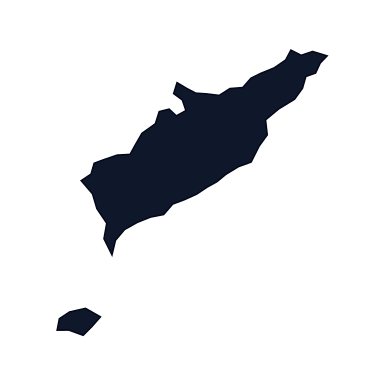 Fernando de Noronha, Rio Grande do Norte, Brazil, rotated 172°
{"feature_id": "56859067B68153873864864", "entity_name": "Fernando de Noronha", "entity_type": "district", "adm_level": 2, "iso_a3": "BRA", "parent_name": "Brazil", "parent_adm1": "Rio Grande do Norte", "projection": "mercator", "projection_center": [-32.422, -3.844], "detail": "fine", "context": "isolated", "style": "filled", "palette": "ink", "viewbox_px": 384, "rotation_deg": 172, "n_neighbors": 0, "source": "geoboundaries", "source_scale": "gbopen_adm2", "svg_char_len": 955}
<svg xmlns="http://www.w3.org/2000/svg" viewBox="0 0 384 384"><g transform="rotate(172 192 192)"><path d="M274.5,236.4L284.9,234.1L289.5,223.8L300.2,218.7L290.8,204.0L288.5,188.7L280.8,172.9L285.7,158.0L280.0,140.8L274.5,154.8L264.0,164.2L250.4,169.5L236.6,172.9L223.2,173.6L212.8,182.7L200.3,185.5L187.5,189.3L176.3,194.7L165.9,198.7L156.1,204.7L142.5,210.6L129.3,213.4L119.1,228.1L109.5,238.1L109.1,253.2L94.5,262.2L77.5,269.6L68.1,279.4L63.2,290.5L53.0,292.6L47.1,301.8L39.2,308.0L53.0,314.4L64.9,312.2L74.3,318.8L80.9,309.7L93.4,303.5L107.6,299.9L117.8,296.5L127.2,288.4L140.1,289.2L151.6,283.9L164.4,287.3L174.6,289.4L182.9,295.4L191.6,302.4L196.5,292.0L188.8,284.5L186.7,273.5L196.9,269.6L203.1,277.3L213.3,276.2L218.8,264.7L233.4,257.1L242.2,245.8L248.1,237.9L260.9,239.0L274.5,236.4ZM329.9,90.3L341.0,85.0L344.8,73.9L333.3,72.4L319.7,65.2L309.7,72.8L300.0,81.1L313.6,91.6L329.9,90.3Z" fill="#0f172a" stroke="#020617" stroke-width="1.5"/></g></svg>